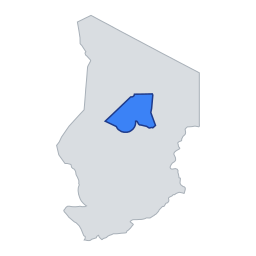 Borkou, Borkou, Chad (highlighted)
{"feature_id": "50815135B4564368173337", "entity_name": "Borkou", "entity_type": "district", "adm_level": 2, "iso_a3": "TCD", "parent_name": "Chad", "parent_adm1": "Borkou", "projection": "mercator", "projection_center": [19.353, 16.669], "detail": "fine", "context": "in_parent", "style": "filled", "palette": "blue", "viewbox_px": 256, "rotation_deg": 0, "n_neighbors": 0, "source": "geoboundaries", "source_scale": "gbopen_adm2", "svg_char_len": 4131}
<svg xmlns="http://www.w3.org/2000/svg" viewBox="0 0 256 256"><path d="M199.3,72.8L199.3,79.2L199.3,85.6L199.3,92.0L199.3,98.3L199.3,104.7L199.3,111.0L199.3,117.3L199.3,123.6L199.4,125.7L199.2,126.5L198.8,126.8L195.6,126.2L194.2,126.2L192.2,126.6L189.3,126.8L187.5,126.8L186.2,127.9L185.1,129.2L185.6,132.3L185.5,133.3L185.1,134.4L184.2,135.3L183.4,136.0L182.8,136.7L182.2,138.1L181.7,138.7L181.7,139.6L181.6,140.5L181.0,141.0L179.7,141.4L178.8,141.8L178.1,142.5L177.7,142.9L177.9,143.6L178.2,144.5L178.4,145.9L178.6,146.7L179.2,147.3L179.6,147.8L179.8,148.4L179.4,148.9L177.7,149.9L177.1,150.2L176.3,150.7L176.0,150.9L174.8,151.9L174.2,152.7L173.9,153.4L173.9,154.4L174.6,155.8L175.2,157.1L175.5,158.0L175.6,159.0L175.6,160.0L175.2,160.8L174.6,161.6L172.4,163.0L171.2,164.6L170.3,166.4L170.1,167.5L170.4,168.2L170.8,168.7L171.5,169.0L172.5,169.1L174.1,168.8L175.6,168.6L177.3,169.3L178.1,170.9L177.8,172.0L178.4,174.1L178.9,176.6L178.9,177.5L179.1,177.8L180.1,178.0L180.4,178.6L180.0,183.0L180.5,184.3L181.2,185.1L181.9,185.6L182.7,186.2L183.1,186.6L184.0,186.7L185.0,187.5L185.3,188.6L185.2,189.6L184.6,191.9L184.1,193.4L183.6,193.3L182.4,192.9L180.9,192.6L179.2,192.3L177.5,192.9L175.7,193.7L175.1,194.3L174.6,194.7L173.8,194.6L173.1,194.7L172.7,195.3L172.0,195.9L169.4,197.2L168.8,197.7L168.5,198.1L168.5,198.6L168.8,199.7L168.8,201.0L168.2,202.0L167.5,202.8L166.7,203.0L166.1,203.2L165.7,203.6L164.3,206.0L163.7,206.5L162.5,206.4L159.1,210.0L158.7,211.0L157.5,212.5L155.9,214.2L154.4,215.0L154.3,215.3L153.9,215.6L153.1,216.0L150.0,218.0L146.4,217.9L144.8,218.7L143.2,219.1L140.9,219.5L140.2,219.4L137.3,219.6L133.8,219.6L132.5,219.8L131.3,220.6L130.3,221.3L130.2,221.5L130.3,221.8L130.3,222.0L132.7,223.7L133.3,224.5L132.7,225.3L132.4,225.4L132.0,226.1L130.6,227.9L128.4,230.1L127.3,230.8L126.9,231.2L126.3,232.6L125.9,232.8L124.5,233.0L121.5,233.2L117.5,233.7L115.1,233.8L113.6,233.7L111.4,234.7L110.7,235.0L110.2,235.0L108.1,236.0L106.4,237.5L105.7,237.8L103.3,238.5L102.3,239.5L101.8,239.6L100.3,238.2L99.2,237.0L98.7,235.7L98.6,235.3L98.3,235.4L97.4,235.9L96.7,236.6L96.3,237.8L93.8,238.6L91.6,239.3L90.6,240.2L89.1,240.6L87.2,240.5L85.7,240.1L84.2,240.0L84.9,238.9L85.2,238.1L85.2,237.0L85.1,236.4L84.2,236.0L83.7,235.5L82.4,232.3L81.1,229.1L79.2,225.8L77.2,223.8L75.8,222.5L75.3,222.4L74.6,222.0L74.0,221.6L71.4,219.4L68.6,217.0L67.9,215.9L66.5,214.2L65.0,212.5L64.2,211.7L63.8,210.3L64.9,209.0L66.0,207.4L67.4,206.3L69.2,206.2L72.2,206.7L75.4,206.8L78.6,206.5L79.5,206.3L80.3,206.3L82.0,206.7L85.0,206.6L86.5,205.9L84.9,204.8L83.1,203.1L81.4,201.1L80.4,199.4L79.5,197.1L78.6,194.3L78.1,190.7L78.2,188.6L78.4,187.2L79.3,184.8L78.7,183.4L78.9,182.3L78.8,180.6L78.5,179.7L77.3,176.9L77.1,176.6L76.1,174.7L75.6,171.5L74.4,169.3L72.6,168.3L71.5,167.1L71.1,164.8L70.4,164.3L67.4,163.5L65.0,163.5L63.2,161.0L60.9,157.8L58.8,154.8L57.4,148.8L56.6,145.3L57.5,144.3L59.3,141.8L61.5,137.1L66.5,129.8L69.1,126.1L74.2,120.5L80.5,113.6L84.1,109.8L84.7,102.7L85.3,95.2L85.7,89.5L86.3,82.7L86.8,77.0L87.1,72.9L87.6,67.0L88.0,65.9L90.5,61.2L90.7,60.6L90.3,59.8L86.7,55.9L85.6,55.0L85.0,53.0L85.9,51.8L81.6,45.2L80.6,44.3L80.1,43.5L80.1,42.3L80.0,37.7L78.9,30.5L77.4,22.0L82.4,19.6L86.2,17.7L91.0,15.4L95.5,17.8L102.0,21.3L108.5,24.7L114.9,28.2L121.4,31.7L127.9,35.1L134.4,38.6L140.9,42.0L147.4,45.5L153.9,48.9L160.4,52.4L166.9,55.8L173.4,59.2L179.8,62.6L186.3,66.0L192.8,69.4L199.3,72.8Z" fill="#d9dde1" stroke="#a8b0b8" stroke-width="1"/><path d="M144.2,125.8L146.0,126.2L146.7,126.4L148.8,127.8L149.7,128.0L150.9,127.6L152.1,127.5L152.6,127.7L152.8,127.8L154.0,126.8L155.5,125.4L153.1,118.9L150.8,112.5L151.6,108.6L152.8,95.1L152.3,93.9L142.7,94.1L134.4,94.2L134.2,95.2L134.0,95.7L133.1,96.5L132.0,96.9L130.9,96.9L130.6,97.0L116.3,110.7L105.2,121.2L107.1,122.1L116.3,126.5L117.2,128.2L118.2,129.5L121.5,131.6L124.0,132.2L127.2,132.2L129.5,131.6L130.8,130.8L131.7,130.2L132.7,129.3L133.1,129.0L134.6,126.8L134.7,126.5L135.3,125.0L135.5,123.8L135.6,122.9L135.7,122.5L135.6,122.1L135.6,121.2L136.0,121.2L136.5,121.1L137.2,121.5L138.5,124.0L139.5,124.9L141.3,125.1L144.2,125.8Z" fill="#3b82f6" stroke="#1e3a8a" stroke-width="1.5"/></svg>